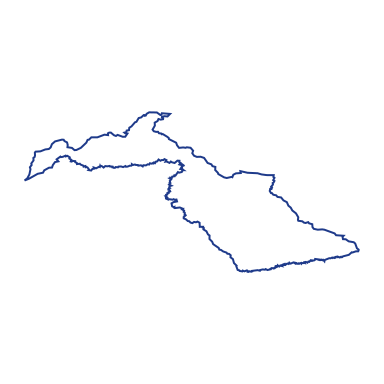 Muak Lek, Lop Buri, Thailand, rotated 91°
{"feature_id": "78962969B19510908422026", "entity_name": "Muak Lek", "entity_type": "district", "adm_level": 2, "iso_a3": "THA", "parent_name": "Thailand", "parent_adm1": "Lop Buri", "projection": "equal_earth", "projection_center": [101.32, 14.773], "detail": "fine", "context": "isolated", "style": "outline", "palette": "blue", "viewbox_px": 384, "rotation_deg": 91, "n_neighbors": 0, "source": "geoboundaries", "source_scale": "gbopen_adm2", "svg_char_len": 6065}
<svg xmlns="http://www.w3.org/2000/svg" viewBox="0 0 384 384"><g transform="rotate(91 192 192)"><path d="M183.4,359.6L181.6,355.3L176.5,346.6L175.3,341.3L172.9,340.1L170.2,335.4L170.0,332.4L167.5,331.6L164.5,329.5L163.7,326.2L161.7,327.9L158.9,324.2L159.4,323.7L159.1,321.8L157.9,319.1L158.6,318.8L158.0,317.3L159.5,314.8L160.7,315.2L161.9,313.2L163.5,313.8L163.7,313.0L163.0,311.5L163.2,309.3L164.3,309.2L164.9,307.7L166.1,307.5L165.7,304.6L166.5,303.9L167.6,301.0L168.5,300.8L167.9,299.0L169.1,298.7L168.9,297.7L169.4,296.8L171.4,295.3L171.9,295.8L172.3,293.2L170.7,292.0L170.4,290.4L169.2,290.7L170.0,288.3L168.4,285.4L168.7,284.6L167.5,284.3L167.9,284.1L167.5,283.4L167.8,282.5L169.1,280.8L167.6,279.2L167.8,277.1L167.4,274.8L168.0,274.4L167.9,272.6L168.5,272.3L168.2,271.6L169.1,271.1L169.2,269.5L168.4,268.8L168.6,266.4L167.9,266.0L167.7,263.4L168.3,261.3L167.2,259.0L167.9,258.5L167.7,256.8L166.7,254.5L166.8,253.3L166.2,252.4L165.3,252.5L166.0,251.4L165.5,249.5L165.9,248.8L166.0,246.5L166.6,246.2L166.2,243.5L167.3,241.7L166.1,241.1L166.2,238.5L165.1,236.8L165.3,235.3L164.0,234.6L164.4,232.6L163.7,231.6L164.1,230.9L163.1,230.4L163.7,229.4L162.3,228.7L162.0,227.3L160.1,226.0L161.3,224.1L160.6,222.9L160.6,221.1L159.6,220.2L160.5,218.2L162.1,219.0L161.9,218.1L163.3,215.0L161.9,213.7L162.6,212.7L163.3,209.9L160.9,207.1L161.0,205.1L162.4,205.2L163.2,203.9L164.7,205.1L165.0,204.1L164.4,202.4L165.2,201.3L165.6,202.1L166.0,201.4L166.6,202.6L167.7,202.4L167.6,203.0L169.2,204.0L169.4,202.1L170.3,200.8L170.3,202.3L171.2,202.0L172.2,202.6L172.9,205.3L172.3,206.4L175.7,208.7L175.6,209.4L176.2,209.6L175.9,210.1L176.7,210.4L177.0,212.1L178.2,212.4L178.1,213.7L178.5,213.5L178.8,214.6L179.8,213.1L181.3,214.4L183.3,213.8L183.5,214.6L184.4,214.4L185.0,215.0L186.0,212.9L186.5,214.5L187.9,214.9L188.5,214.2L189.2,215.6L190.1,215.7L190.7,214.3L191.8,213.8L192.5,215.4L193.3,215.3L193.5,216.6L194.8,216.6L195.2,217.8L196.4,217.5L196.6,218.3L197.7,217.0L198.0,218.0L199.0,217.9L199.9,215.8L199.5,215.7L200.0,211.1L199.5,210.2L200.1,209.2L199.8,207.4L201.7,206.8L202.4,210.2L203.7,212.3L206.7,211.6L207.4,210.1L207.2,209.4L208.0,209.6L208.4,208.9L207.7,203.9L208.6,201.6L209.2,201.8L209.1,200.8L209.8,201.2L210.7,199.6L212.0,200.0L212.7,198.9L214.9,199.0L214.8,198.3L215.4,197.9L217.2,199.9L218.5,199.8L219.4,197.6L221.1,195.7L221.3,194.2L222.6,193.0L223.1,191.1L221.9,189.4L222.2,187.5L221.5,186.0L222.6,183.9L226.7,183.6L226.6,180.4L227.4,180.6L227.9,179.5L229.2,179.9L231.0,176.9L234.1,175.3L235.2,173.7L238.7,173.7L241.3,171.0L243.8,169.9L247.5,164.3L249.1,163.7L249.4,162.0L250.9,159.8L252.0,156.4L253.1,155.6L253.2,153.9L254.6,152.2L256.6,152.4L258.4,149.9L262.3,148.8L264.9,146.1L265.5,146.4L269.1,145.0L269.5,143.3L270.1,143.0L270.5,140.3L269.7,139.9L270.4,138.2L269.4,135.7L269.9,134.9L270.8,135.0L270.9,134.1L270.2,132.8L270.7,131.5L270.3,130.4L269.8,130.5L269.0,125.0L269.5,122.8L268.9,122.7L268.2,120.0L268.4,117.7L267.8,117.0L268.7,115.2L267.9,112.0L267.4,112.2L266.6,110.8L267.1,109.0L266.8,108.1L266.3,108.2L265.8,106.7L265.4,107.2L264.5,106.1L264.9,105.2L264.6,105.6L264.6,104.8L264.0,104.8L265.0,103.5L264.1,102.5L264.4,101.0L263.7,101.6L263.5,100.8L262.9,100.9L263.3,100.6L262.9,99.7L263.5,99.8L263.4,98.2L262.6,98.0L263.1,97.2L262.2,96.7L262.4,96.2L261.8,94.9L262.2,94.2L261.0,93.5L261.6,92.9L260.9,92.5L261.8,92.6L261.8,91.9L260.6,89.3L261.0,87.3L261.5,87.8L262.0,86.9L261.6,86.3L262.0,84.7L261.4,83.9L261.8,83.4L261.0,81.7L261.7,81.3L261.1,80.9L261.1,78.9L260.5,78.6L260.7,78.2L260.2,78.4L259.9,76.9L260.7,75.4L259.5,74.4L259.8,73.5L258.8,72.7L258.8,71.4L258.2,71.6L258.4,69.0L257.7,67.9L256.8,67.7L257.3,63.5L257.7,63.8L257.9,63.0L257.7,61.1L257.4,60.9L258.0,60.0L257.6,59.5L258.9,58.4L257.7,58.2L255.8,53.6L255.9,52.3L255.1,50.7L255.6,50.1L255.0,48.9L255.5,48.2L255.1,47.3L254.4,47.3L254.0,45.4L254.6,45.1L254.4,44.2L254.9,43.4L254.4,42.4L254.7,42.4L254.5,40.7L253.7,39.9L252.1,34.1L249.5,31.2L249.7,30.5L248.5,27.2L248.4,24.8L247.4,24.4L246.7,24.4L245.4,26.1L240.7,27.9L239.4,29.4L238.6,34.5L236.6,37.4L236.5,40.2L234.2,40.7L233.1,39.7L232.7,47.2L230.9,48.7L227.4,58.9L227.1,61.1L227.5,65.6L226.7,69.6L225.0,70.9L222.1,71.2L221.3,74.4L220.1,75.3L221.0,77.9L220.6,79.7L219.4,81.1L218.9,85.2L218.0,85.6L215.4,85.3L211.5,87.7L208.7,91.4L205.9,93.0L204.0,95.4L200.5,97.0L198.8,100.4L195.9,102.8L195.4,106.5L193.9,107.7L193.3,110.7L191.7,112.1L191.7,113.0L189.6,114.3L187.8,113.9L187.7,112.6L187.1,112.4L186.8,113.2L185.9,112.2L185.2,112.9L183.2,111.2L181.6,111.5L181.1,110.6L179.5,109.8L178.7,111.0L176.4,109.8L175.5,110.9L173.7,110.6L173.8,117.7L173.2,122.8L172.1,126.8L171.8,136.8L170.3,144.0L172.2,143.6L172.6,148.4L174.0,151.0L176.5,151.9L176.2,152.6L177.4,157.5L176.8,160.2L173.6,166.0L172.3,166.5L169.6,169.2L166.5,169.1L165.8,172.0L164.0,173.1L162.7,176.9L157.7,180.5L156.6,184.0L156.8,187.8L155.7,190.6L153.2,192.4L150.7,191.6L147.8,194.2L147.4,198.0L147.9,199.1L147.6,201.6L148.1,205.7L145.5,207.8L143.0,208.7L139.5,216.0L138.4,216.2L137.3,217.6L134.6,222.2L134.8,223.2L134.1,223.6L133.8,226.1L132.4,227.0L132.5,229.0L131.9,231.3L130.3,232.5L126.3,230.3L123.3,230.5L121.7,227.7L119.6,226.8L120.2,224.6L119.7,222.2L118.8,222.1L117.9,223.4L117.3,223.3L116.7,220.9L116.9,217.8L114.3,215.3L113.8,223.5L115.2,223.9L115.6,224.9L113.1,228.5L113.1,236.2L114.6,238.7L116.4,239.6L116.6,240.6L115.9,240.9L115.9,241.6L118.3,244.1L119.0,246.6L122.8,248.8L123.3,250.2L127.5,253.7L128.8,255.8L131.3,256.1L131.7,258.4L133.3,258.7L133.8,260.6L134.4,259.9L134.7,257.6L137.9,259.7L138.0,262.2L136.2,267.4L137.3,269.0L136.6,271.0L134.0,274.2L134.1,275.9L134.8,277.1L136.6,276.9L136.2,280.5L139.0,287.6L139.1,293.6L141.5,296.0L141.7,297.3L144.5,298.5L149.8,303.9L152.0,308.3L152.2,310.2L150.0,312.8L149.4,317.3L147.1,317.1L144.6,317.8L143.3,320.4L142.0,321.2L141.9,322.9L143.8,329.8L146.6,332.9L149.9,334.1L151.5,335.9L152.0,339.4L154.0,344.3L154.4,349.1L155.3,349.8L158.3,349.6L159.8,350.0L160.7,351.2L163.2,351.0L166.3,353.2L167.8,352.8L170.1,354.5L172.0,353.9L177.3,354.9L181.2,356.9L183.4,359.6Z" fill="none" stroke="#1e3a8a" stroke-width="2"/></g></svg>